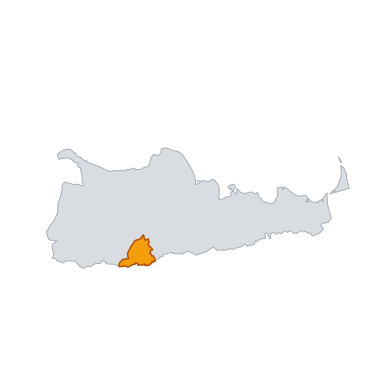 location of San Juan within Argentina, rotated 253°
{"feature_id": "ARG-1273", "entity_name": "San Juan", "entity_type": "Province", "adm_level": 1, "iso_a3": "ARG", "parent_name": "Argentina", "parent_adm1": "", "projection": "robinson", "projection_center": [-68.983, -30.369], "detail": "fine", "context": "in_parent", "style": "filled", "palette": "amber", "viewbox_px": 384, "rotation_deg": 253, "n_neighbors": 0, "source": "natural_earth", "source_scale": "10m", "svg_char_len": 8165}
<svg xmlns="http://www.w3.org/2000/svg" viewBox="0 0 384 384"><g transform="rotate(253 192 192)"><path d="M237.2,117.2L235.0,121.0L235.4,123.5L233.2,129.4L233.7,130.6L232.1,133.4L232.5,136.4L231.6,139.4L231.9,143.0L231.2,144.2L229.8,144.5L228.7,149.6L229.8,154.5L228.7,155.5L230.5,159.1L236.1,162.2L238.9,165.4L238.9,166.8L237.3,168.8L237.1,170.4L237.8,172.7L239.2,174.1L241.9,175.0L242.2,178.2L241.6,180.3L236.2,187.6L234.9,190.7L229.9,194.0L217.2,197.7L207.3,199.2L201.7,198.9L198.0,197.4L198.2,201.5L200.1,202.7L199.1,202.8L199.9,203.5L199.4,206.9L198.2,207.6L197.2,210.3L197.2,212.8L198.3,214.7L197.1,216.7L192.8,218.8L187.7,219.2L178.5,216.0L178.9,215.5L178.4,215.3L176.9,216.0L176.2,218.7L177.1,223.0L176.8,226.7L177.3,227.9L180.6,229.3L180.4,230.8L181.5,231.0L183.9,230.6L184.2,229.4L183.0,229.0L186.2,228.0L187.4,229.6L187.4,233.4L186.8,234.4L184.3,235.1L183.6,234.9L182.2,232.2L181.0,231.7L177.3,233.1L176.9,234.0L182.1,235.9L178.2,237.9L175.1,241.5L174.9,248.0L174.1,249.8L172.0,251.5L171.6,252.7L172.3,253.5L172.0,254.7L167.9,254.3L165.0,256.3L162.4,257.0L157.5,264.2L158.1,267.7L163.4,272.9L170.1,274.2L170.9,275.9L170.6,278.0L169.8,279.2L167.3,280.3L169.4,280.3L170.3,281.4L158.2,290.6L156.6,293.2L155.9,298.8L155.0,300.0L152.5,301.0L150.9,299.9L149.6,297.8L149.6,299.5L147.3,300.1L150.1,300.2L151.3,301.5L147.6,303.5L146.6,305.3L146.1,307.8L144.7,309.3L145.8,309.0L146.8,313.9L143.9,314.2L147.4,315.1L151.5,320.7L151.1,321.1L151.0,320.5L140.4,318.0L126.3,317.6L126.4,316.9L123.1,313.8L123.8,311.7L123.3,309.9L123.9,308.2L123.4,306.2L122.2,305.5L117.7,306.7L115.1,301.2L115.2,298.2L114.4,296.3L115.2,293.9L117.5,293.7L118.2,291.1L121.2,289.1L121.2,286.6L123.0,285.2L123.4,284.0L121.7,280.8L122.9,277.3L126.1,274.6L125.7,271.3L127.5,269.6L126.1,265.2L127.9,263.3L127.0,262.2L127.0,259.9L128.7,259.3L129.8,256.7L128.0,254.4L124.7,253.7L124.6,252.5L130.5,252.4L131.2,250.6L130.8,249.5L126.3,248.9L126.3,246.4L127.3,244.7L126.4,243.1L126.7,241.6L125.6,239.4L126.7,238.4L123.7,236.1L123.7,232.3L124.3,231.3L123.9,229.3L126.6,227.4L125.3,223.7L125.5,216.8L125.0,214.9L126.7,212.0L125.8,210.2L127.0,208.7L126.5,205.1L127.9,204.8L128.9,198.6L132.3,196.8L133.0,195.6L130.6,187.7L130.8,184.8L130.3,183.4L130.9,181.7L130.3,179.2L131.3,176.2L133.7,175.0L133.9,174.0L136.3,171.9L136.2,166.9L135.1,164.4L136.4,163.4L137.2,159.6L139.0,155.6L140.5,154.8L140.2,150.2L140.8,146.1L138.7,145.3L139.2,142.4L138.4,141.6L138.0,138.5L136.6,135.8L136.5,134.5L137.3,133.7L135.8,132.6L134.7,130.1L135.0,127.7L135.2,126.2L136.9,125.0L136.6,123.9L137.9,119.1L139.6,118.8L140.5,117.1L139.6,116.2L139.8,113.3L139.1,109.2L140.6,107.1L142.0,100.7L145.8,96.1L148.4,88.9L150.4,88.8L152.6,87.2L150.4,82.6L151.9,79.6L150.4,73.4L150.9,71.1L152.1,69.7L150.7,67.3L151.1,65.4L153.2,63.2L160.4,59.8L163.2,50.2L161.7,48.5L165.6,42.9L168.4,41.9L169.6,39.0L173.2,41.8L179.5,41.9L182.6,43.0L184.8,48.6L188.1,41.2L196.8,40.9L198.5,43.6L201.8,46.6L204.1,50.8L211.2,57.3L220.3,60.4L225.9,64.8L232.4,68.5L235.6,69.3L238.1,71.9L238.6,73.8L237.1,75.3L236.0,78.2L234.2,79.9L233.4,81.7L233.4,84.0L229.9,88.7L230.0,90.4L233.4,90.0L241.8,91.9L245.9,91.9L247.2,92.7L249.4,90.5L252.9,91.4L255.4,87.6L257.7,86.9L260.3,84.3L261.5,81.1L262.3,74.2L263.6,74.7L266.0,73.7L268.0,75.1L269.6,80.9L269.0,86.4L268.0,88.6L265.4,89.9L264.0,91.4L259.9,92.6L257.7,95.6L252.6,98.7L252.9,100.4L251.3,100.3L242.6,111.7L237.2,117.2ZM149.6,343.4L149.8,323.7L152.5,327.6L151.2,327.3L150.8,329.2L153.0,329.6L154.1,331.9L159.0,336.2L166.3,340.5L173.5,341.8L171.5,343.9L164.3,345.0L160.1,343.8L149.6,343.4ZM176.4,343.1L178.6,342.4L182.9,342.2L177.2,343.8L176.4,343.1ZM201.2,200.5L201.1,201.4L199.8,200.0L201.2,200.5Z" fill="#d9dde1" stroke="#a8b0b8" stroke-width="1"/><path d="M139.6,116.3L139.4,116.1L139.5,116.0L139.7,115.6L139.8,115.2L139.9,114.9L139.9,113.6L139.8,112.8L139.8,112.7L139.6,112.5L139.5,112.3L139.5,112.1L139.5,111.9L139.5,111.6L139.3,110.7L139.2,110.5L139.2,110.4L139.1,109.9L138.9,109.5L138.9,109.4L138.9,108.9L139.0,108.7L139.3,108.5L139.5,108.4L139.4,108.3L139.4,108.2L139.5,108.0L139.6,107.9L139.8,107.8L139.9,107.7L140.0,107.5L140.1,107.4L140.5,107.3L140.8,107.1L140.9,106.9L140.9,106.6L140.8,106.1L140.8,105.8L140.8,105.6L140.9,105.4L141.0,105.3L141.1,105.1L141.1,104.9L141.3,104.4L141.4,104.2L141.2,103.6L141.2,103.4L141.2,103.1L141.3,102.8L141.5,102.5L141.6,102.3L141.7,102.2L141.8,102.2L141.8,101.1L142.0,100.6L142.5,100.7L142.7,100.8L142.9,100.9L143.0,100.9L143.3,100.8L143.5,100.8L143.7,101.2L143.8,101.3L144.0,101.3L144.4,101.3L144.5,101.3L145.7,102.4L145.9,102.6L146.0,103.0L146.2,103.4L146.3,103.8L146.4,104.1L146.9,104.6L147.0,104.7L147.1,104.9L147.2,105.2L147.3,105.5L147.5,105.7L147.7,105.9L147.8,106.0L147.9,106.3L147.8,106.6L147.7,106.7L147.5,106.8L147.4,106.9L147.2,107.2L147.2,107.5L147.1,108.0L147.2,108.3L147.3,108.5L147.5,108.8L147.6,109.0L147.4,109.3L147.4,109.5L147.3,110.0L147.3,110.3L147.3,110.5L147.2,110.7L147.1,110.8L147.0,111.0L147.0,111.5L147.0,111.8L147.4,112.1L147.5,112.1L148.0,111.9L148.4,112.0L148.5,112.0L149.1,111.8L149.4,111.8L149.6,111.8L150.2,112.1L150.3,112.2L150.5,112.2L150.9,112.1L151.2,112.1L152.1,112.5L152.4,112.5L152.5,112.6L152.7,112.9L152.8,113.0L153.1,113.3L153.6,113.6L153.7,113.8L153.9,114.1L154.0,114.1L154.3,114.2L154.5,114.4L154.9,114.8L155.0,115.1L155.3,115.4L155.4,115.5L155.7,115.8L155.8,115.9L156.0,116.1L156.5,116.3L156.8,116.8L158.0,117.8L158.3,118.3L158.4,118.5L158.5,118.9L158.5,119.0L159.1,119.4L159.2,119.6L159.4,120.0L159.5,120.0L159.9,120.5L160.1,120.6L160.3,120.7L160.6,121.4L160.9,121.8L161.0,121.9L161.3,122.0L161.5,122.2L161.8,123.0L162.0,123.3L162.1,123.5L162.3,123.8L162.0,124.9L162.0,125.1L162.5,125.5L162.1,128.1L162.2,128.3L162.5,128.9L162.5,129.1L162.5,129.6L162.6,129.8L163.3,130.5L163.5,130.6L164.0,130.6L164.1,130.8L164.1,131.0L164.2,131.4L164.2,131.7L164.2,131.8L164.3,131.9L164.5,131.9L164.6,132.0L164.8,132.4L165.0,133.0L163.0,133.1L162.7,133.0L162.6,132.9L162.4,132.8L162.1,132.7L161.7,132.8L161.0,132.9L160.9,132.9L160.5,132.7L160.2,132.7L160.0,132.8L159.9,132.9L159.9,133.0L159.8,133.3L159.9,133.6L159.9,133.8L159.9,134.0L159.8,134.5L159.8,134.9L159.8,135.1L159.8,135.6L159.8,135.9L159.8,136.5L159.2,136.1L158.9,136.2L158.7,136.2L158.2,136.2L157.7,136.3L157.3,136.4L157.2,136.4L157.1,136.5L156.3,136.3L156.1,136.0L156.0,135.9L155.9,135.8L155.6,135.7L155.4,135.3L155.3,135.1L155.1,134.9L154.9,134.7L154.6,134.7L153.7,135.0L153.3,135.3L153.1,135.4L152.9,135.5L151.9,135.5L151.7,135.8L151.4,136.1L150.0,137.0L149.6,137.2L148.1,137.2L147.8,134.8L147.7,134.8L147.3,134.9L147.0,134.8L146.9,134.8L146.7,134.6L146.5,134.3L146.2,133.9L146.0,133.7L145.9,133.7L145.7,133.7L145.6,133.8L145.5,134.0L145.4,134.0L145.2,134.1L145.0,134.5L144.9,134.6L144.7,134.7L144.3,134.6L143.9,134.6L143.7,134.6L143.3,134.9L143.2,134.9L143.0,135.0L142.5,135.2L142.4,135.2L142.4,135.3L142.3,135.5L142.2,135.5L142.3,136.1L142.2,136.3L142.0,136.5L141.9,136.5L141.0,136.6L139.5,137.0L139.1,136.9L138.9,136.8L138.6,136.8L137.4,137.0L137.2,136.9L136.9,136.8L136.8,136.7L136.8,136.4L136.8,136.2L136.7,136.0L136.7,135.8L136.6,135.7L136.7,135.4L136.5,135.2L136.5,134.9L136.3,134.7L136.4,134.4L136.6,134.4L136.9,134.5L137.1,134.5L137.2,134.1L137.3,134.0L137.4,133.9L137.4,133.7L137.3,133.4L137.2,133.2L136.9,133.0L136.5,133.0L136.2,133.0L136.0,132.9L135.7,132.6L135.6,132.4L135.5,132.2L135.5,131.6L135.4,131.4L135.2,131.2L134.8,130.3L134.7,130.1L134.7,129.9L134.8,129.5L134.8,129.2L134.8,128.8L134.8,128.6L134.9,128.3L135.0,128.2L134.9,128.0L134.9,127.8L134.8,127.6L135.0,127.2L135.0,126.7L135.1,126.4L135.5,125.7L135.8,125.7L135.8,125.9L135.9,126.1L136.0,126.2L136.3,125.9L136.4,125.6L136.5,125.5L136.6,125.2L136.8,125.1L137.1,125.2L137.1,124.9L136.9,124.7L136.7,124.5L136.7,124.4L136.6,124.2L136.8,122.9L136.9,122.6L137.1,122.3L137.1,122.2L137.1,121.9L137.1,121.7L137.3,121.3L137.4,121.0L137.6,120.3L137.7,120.0L137.9,119.9L138.0,119.8L138.1,119.7L138.1,119.4L137.9,119.0L137.9,118.9L138.1,118.8L138.8,119.1L139.1,119.2L139.3,119.1L139.6,119.0L139.8,118.8L140.0,118.5L140.1,118.4L140.1,118.2L140.1,117.9L140.1,117.7L140.3,117.4L140.5,117.3L140.6,117.0L140.5,116.6L140.2,116.4L139.9,116.3L139.6,116.3Z" fill="#f59e0b" stroke="#b45309" stroke-width="1.5"/></g></svg>